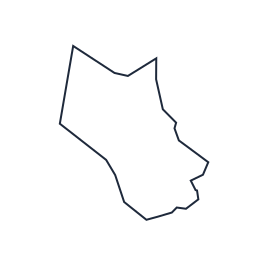 Rubkona, Unity, South Sudan (Albers equal-area conic projection), rotated 338°
{"feature_id": "79223893B27394743162218", "entity_name": "Rubkona", "entity_type": "district", "adm_level": 2, "iso_a3": "SSD", "parent_name": "South Sudan", "parent_adm1": "Unity", "projection": "albers", "projection_center": [29.718, 9.304], "detail": "fine", "context": "isolated", "style": "outline", "palette": "slate", "viewbox_px": 256, "rotation_deg": 338, "n_neighbors": 0, "source": "geoboundaries", "source_scale": "gbopen_adm2", "svg_char_len": 456}
<svg xmlns="http://www.w3.org/2000/svg" viewBox="0 0 256 256"><g transform="rotate(338 128 128)"><path d="M168.6,211.8L167.4,210.9L166.5,200.3L180.0,199.4L189.6,189.8L170.5,158.6L171.0,145.7L174.6,141.1L167.3,123.7L172.3,93.4L180.3,74.0L147.4,79.7L136.1,71.9L107.9,31.4L66.4,98.5L95.8,149.4L98.5,166.8L96.7,195.2L110.7,220.0L122.5,221.4L137.0,222.8L143.4,220.0L151.5,224.6L166.5,220.5L168.6,211.8Z" fill="none" stroke="#1e293b" stroke-width="2"/></g></svg>